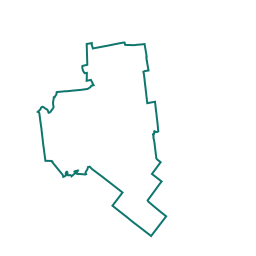 the district of Valea Argovei, Calarasi, Romania, rotated 306°
{"feature_id": "2599482B75738828080552", "entity_name": "Valea Argovei", "entity_type": "district", "adm_level": 2, "iso_a3": "ROU", "parent_name": "Romania", "parent_adm1": "Calarasi", "projection": "robinson", "projection_center": [26.781, 44.353], "detail": "fine", "context": "isolated", "style": "outline", "palette": "teal", "viewbox_px": 256, "rotation_deg": 306, "n_neighbors": 0, "source": "geoboundaries", "source_scale": "gbopen_adm2", "svg_char_len": 3855}
<svg xmlns="http://www.w3.org/2000/svg" viewBox="0 0 256 256"><g transform="rotate(306 128 128)"><path d="M70.7,210.6L79.0,210.8L79.2,205.8L79.4,201.9L79.8,195.5L80.4,187.6L81.0,186.4L91.7,186.5L95.1,186.5L96.5,186.5L100.4,186.5L104.5,186.6L104.5,185.2L104.6,184.1L104.6,183.8L104.8,177.7L104.8,176.3L104.9,174.7L104.9,174.4L119.5,174.5L119.6,173.1L119.6,171.5L119.7,170.3L119.7,170.1L120.0,168.9L128.0,161.4L131.7,158.0L135.6,153.8L136.3,153.6L136.6,153.4L137.0,152.6L137.2,152.3L137.4,152.0L137.6,151.9L137.8,151.9L138.1,152.5L138.3,152.6L138.6,152.5L138.9,152.4L139.4,152.1L139.9,151.7L140.4,151.4L140.7,151.2L141.0,151.2L141.1,151.3L141.1,151.5L141.0,152.0L140.9,152.3L141.1,152.8L141.4,153.3L142.0,153.9L143.0,154.5L143.8,153.9L144.4,153.3L144.8,153.0L146.1,151.8L147.8,150.3L149.3,149.0L152.5,146.0L154.5,144.1L154.8,144.0L155.2,143.6L156.9,142.0L157.7,141.2L158.6,140.4L158.7,140.2L159.0,140.0L159.4,139.6L159.8,139.3L160.2,138.9L161.2,138.0L162.4,136.9L163.0,136.4L164.0,135.4L165.1,134.4L159.4,129.0L163.0,125.7L164.2,124.6L166.0,122.9L167.1,122.0L168.2,120.9L171.4,118.0L173.4,116.1L174.2,115.4L175.3,114.4L175.7,114.0L178.3,111.7L178.5,111.5L179.2,110.8L179.7,110.4L180.2,109.9L181.0,109.1L182.5,107.4L183.2,107.7L184.1,108.3L186.6,110.8L189.2,108.1L192.0,105.2L193.5,103.8L193.4,103.7L194.5,102.6L195.9,101.3L196.2,101.5L196.3,101.5L198.3,99.6L205.1,92.6L205.6,92.1L205.4,91.9L205.3,91.7L204.7,91.0L204.1,90.4L203.0,89.2L202.4,88.4L202.0,88.1L201.7,87.7L201.0,86.8L199.2,84.9L198.6,84.2L197.9,83.2L197.1,82.1L196.5,81.2L196.0,80.4L194.9,78.9L194.6,78.5L194.1,77.6L193.7,77.0L193.6,76.8L193.6,76.7L193.8,76.5L194.0,76.3L194.4,75.9L194.7,75.5L195.1,75.0L195.0,74.8L195.0,74.7L193.5,73.2L192.6,72.4L191.2,71.0L182.8,63.3L181.5,62.1L180.6,61.2L171.7,52.8L173.8,50.1L174.1,49.7L174.4,49.4L175.4,48.8L171.7,45.2L156.8,56.7L155.2,57.9L151.8,55.0L151.6,54.8L151.5,54.7L151.4,54.7L151.2,54.7L150.0,55.5L148.2,57.5L147.5,58.9L147.2,59.6L146.9,60.7L146.9,60.8L148.4,62.3L145.6,64.3L141.9,66.8L145.1,69.7L143.5,72.8L142.4,75.0L141.1,74.0L140.9,73.6L140.0,73.5L139.2,73.6L136.7,72.7L135.8,72.3L133.4,69.8L131.0,67.3L130.2,66.4L125.5,61.0L124.0,59.4L122.7,57.9L121.9,57.1L121.2,56.2L120.5,55.2L116.3,50.5L115.1,49.2L114.4,49.6L113.8,50.0L113.1,50.3L112.6,50.3L112.0,50.4L111.7,50.4L111.2,50.4L110.6,50.4L109.8,50.6L109.3,49.9L107.3,51.0L104.8,52.2L103.5,53.2L103.0,53.6L102.1,54.6L101.8,55.0L100.7,55.7L98.5,55.8L97.4,55.7L96.6,55.8L95.5,55.8L94.4,55.5L94.0,55.2L93.7,55.0L93.7,54.7L94.0,54.2L94.3,53.9L94.9,53.0L95.4,51.9L95.4,51.4L95.3,50.8L95.2,50.4L95.2,49.8L95.2,47.5L95.0,46.7L94.8,46.2L93.1,45.7L91.6,46.2L89.0,45.7L88.0,45.5L88.2,47.0L87.8,47.6L87.3,48.1L84.2,51.0L82.9,52.2L81.6,53.5L79.0,56.0L77.7,57.2L77.3,57.7L76.3,58.6L74.2,60.5L70.4,64.0L68.0,66.2L65.7,68.3L65.5,68.5L57.3,76.3L52.9,80.5L56.4,85.5L56.5,85.7L56.5,85.8L56.4,86.4L56.0,86.3L54.3,92.8L52.1,101.2L51.7,102.7L51.6,102.8L51.5,103.0L50.9,103.7L50.4,104.4L51.6,105.1L52.8,105.5L53.1,105.6L53.4,105.6L53.6,105.5L54.3,104.5L55.7,104.0L56.3,104.0L56.7,104.2L56.7,104.8L54.9,106.5L54.7,106.6L54.4,107.0L54.5,107.2L54.7,107.6L55.2,108.2L55.9,108.9L56.1,109.2L56.1,109.7L56.0,110.6L55.9,110.7L60.3,111.8L60.5,111.7L60.9,111.4L61.1,111.0L61.1,110.4L61.3,110.2L61.7,110.4L62.1,110.6L62.5,111.0L63.5,112.0L64.1,112.3L64.2,112.5L63.8,112.6L63.4,112.7L62.9,112.7L62.3,112.7L61.7,112.7L61.4,112.8L61.0,113.0L60.9,113.0L60.9,113.4L61.3,114.5L61.4,114.8L62.3,115.7L63.1,117.1L64.0,118.6L65.4,120.9L66.0,121.3L67.0,119.8L67.5,119.6L68.4,119.6L69.6,119.5L70.6,119.4L71.5,119.1L73.0,118.6L74.2,119.8L73.6,123.2L73.6,126.2L73.5,132.6L73.5,135.1L73.3,140.2L73.1,147.0L72.8,155.7L72.6,161.5L56.0,161.1L55.8,165.5L55.6,169.9L55.5,173.0L55.4,175.5L55.3,179.3L55.1,182.3L54.9,185.3L54.9,185.7L54.8,187.9L54.7,192.7L54.2,210.2L59.6,210.3L70.7,210.6Z" fill="none" stroke="#0f766e" stroke-width="2"/></g></svg>